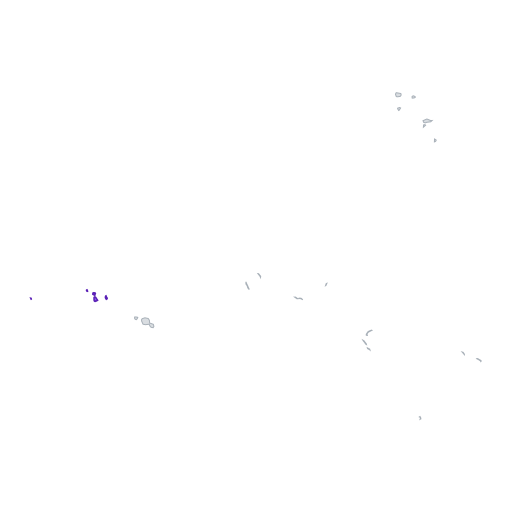 Leeward Islands highlighted on a map of French Polynesia
{"feature_id": "PYF-4964", "entity_name": "Leeward Islands", "entity_type": "state/province", "adm_level": 1, "iso_a3": "PYF", "parent_name": "French Polynesia", "parent_adm1": "", "projection": "albers", "projection_center": [-151.978, -16.346], "detail": "coarse", "context": "in_parent", "style": "filled", "palette": "violet", "viewbox_px": 512, "rotation_deg": 0, "n_neighbors": 0, "source": "natural_earth", "source_scale": "10m", "svg_char_len": 2968}
<svg xmlns="http://www.w3.org/2000/svg" viewBox="0 0 512 512"><path d="M149.6,323.0L153.3,324.3L153.9,326.4L153.1,327.7L151.2,327.3L150.3,326.6L149.1,324.2L145.5,324.7L143.0,324.2L141.6,321.0L141.6,319.5L142.2,318.7L144.9,317.8L148.2,318.5L149.4,320.3L149.6,323.0ZM426.9,119.0L430.8,120.6L432.1,120.5L430.7,121.8L426.7,122.3L425.3,122.9L423.7,122.4L423.0,120.7L426.9,119.0ZM400.2,96.4L397.5,96.8L396.3,96.6L395.5,94.4L395.9,93.1L396.3,92.7L400.8,93.5L401.1,94.5L401.0,95.4L400.2,96.4ZM96.1,300.8L95.1,300.8L94.2,300.4L94.4,297.6L94.7,297.0L96.1,298.0L97.3,300.4L96.1,300.8ZM137.0,319.0L136.2,319.7L135.1,319.2L134.7,318.5L134.5,317.8L134.8,316.9L137.2,317.1L137.8,317.5L137.0,319.0ZM414.0,98.0L412.2,98.1L412.0,96.7L412.6,96.1L413.3,95.8L414.6,96.3L415.3,96.9L415.2,97.4L414.0,98.0ZM399.3,110.1L398.7,110.5L397.7,108.9L397.6,108.2L399.6,107.5L400.6,108.0L399.3,110.1ZM249.0,288.7L249.1,289.1L248.6,289.1L247.7,287.7L247.4,286.5L246.8,285.2L246.0,284.2L245.9,283.3L245.9,281.8L246.8,284.0L247.7,285.8L248.3,287.3L249.0,288.7ZM367.3,334.9L367.4,335.4L366.5,335.3L366.2,335.1L366.3,334.2L367.1,333.0L367.6,332.1L368.8,331.2L370.7,330.4L371.7,330.1L372.0,330.4L371.6,330.5L368.3,332.2L367.3,333.5L366.8,334.4L366.8,334.7L367.3,334.9ZM435.4,141.5L434.4,141.9L434.5,139.0L435.7,139.7L436.2,140.1L435.9,140.9L435.4,141.5ZM366.3,343.8L366.5,344.6L365.5,344.0L364.7,342.6L363.2,340.8L362.8,340.1L364.0,340.8L364.8,341.9L366.3,343.8ZM94.7,294.8L94.2,295.0L93.7,294.6L93.5,293.8L93.7,292.6L94.9,293.4L95.4,293.9L94.7,294.8ZM425.6,125.2L423.4,127.2L423.6,124.9L424.3,124.7L425.0,124.7L425.6,125.2ZM481.3,361.0L480.7,361.5L480.7,360.9L480.0,360.6L479.1,360.0L477.8,359.2L477.1,359.0L476.7,358.6L477.3,358.5L478.1,358.8L479.2,359.5L480.5,360.2L481.3,361.0ZM260.7,276.3L260.5,277.5L260.0,276.3L258.5,274.4L257.9,273.6L258.6,273.7L260.7,276.3ZM369.7,349.1L370.0,350.1L369.4,349.6L367.5,348.6L367.3,347.8L369.7,349.1ZM301.4,298.4L302.8,299.8L301.0,298.8L298.6,298.3L299.5,298.1L300.8,298.2L301.4,298.4ZM298.1,298.7L297.0,298.8L294.6,297.1L295.6,297.1L297.0,298.2L298.1,298.7ZM464.4,354.2L464.4,354.7L462.1,352.0L463.1,352.3L464.4,354.2ZM420.9,418.9L420.1,419.3L420.4,418.7L420.0,417.1L419.4,416.9L420.0,416.5L420.7,417.7L420.9,418.9ZM326.0,285.4L325.5,285.7L326.2,283.6L326.9,283.3L326.0,285.4Z" fill="#d9dde1" stroke="#a8b0b8" stroke-width="1"/><path d="M94.4,297.0L95.6,297.3L97.6,300.3L96.4,301.0L95.6,300.9L95.3,301.4L94.9,301.4L94.4,301.1L94.1,300.2L94.0,297.7L94.4,297.0ZM94.9,294.1L94.8,295.3L92.8,294.3L92.9,293.2L93.2,292.8L94.5,292.8L94.4,293.1L95.1,293.1L95.4,293.5L95.3,293.8L94.9,294.1ZM106.5,297.9L106.6,297.7L107.1,297.9L107.2,298.7L106.3,299.3L105.7,298.4L105.8,298.1L106.5,297.9ZM106.0,295.8L106.5,297.1L105.5,297.8L105.3,297.1L105.8,295.9L106.0,295.8ZM86.6,290.0L87.0,289.8L87.3,290.2L87.5,291.3L87.1,291.3L86.7,290.9L86.5,290.4L86.6,290.0ZM31.1,298.3L31.4,299.5L31.5,299.7L31.2,299.4L30.7,298.2L31.1,298.3Z" fill="#8b5cf6" stroke="#5b21b6" stroke-width="1.5"/></svg>